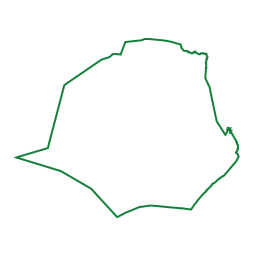 outline of Tepoztlán, Morelos, Mexico, rotated 271°
{"feature_id": "50627088B16515599651569", "entity_name": "Tepoztlán", "entity_type": "district", "adm_level": 2, "iso_a3": "MEX", "parent_name": "Mexico", "parent_adm1": "Morelos", "projection": "robinson", "projection_center": [-99.113, 18.993], "detail": "fine", "context": "isolated", "style": "outline", "palette": "green", "viewbox_px": 256, "rotation_deg": 271, "n_neighbors": 0, "source": "geoboundaries", "source_scale": "gbopen_adm2", "svg_char_len": 4736}
<svg xmlns="http://www.w3.org/2000/svg" viewBox="0 0 256 256"><g transform="rotate(271 128 128)"><path d="M47.6,192.4L47.8,192.5L48.4,192.9L48.7,193.2L48.9,193.3L49.1,193.5L49.5,193.7L50.0,194.1L50.3,194.3L50.6,194.5L51.2,194.9L51.7,195.2L52.3,195.6L52.9,196.0L53.4,196.4L53.5,196.5L54.3,197.1L54.7,197.4L55.0,197.6L55.7,198.1L56.4,198.6L56.8,198.9L57.2,199.2L58.1,199.9L58.5,200.3L59.7,201.3L60.7,202.2L62.2,203.4L63.2,204.3L64.1,205.2L64.3,205.5L64.5,205.7L64.8,206.0L65.1,206.3L65.4,206.6L65.7,206.8L65.9,207.0L66.0,207.1L66.3,207.4L66.6,207.6L66.8,207.4L66.9,207.6L67.4,208.1L67.6,208.3L67.8,208.4L67.8,208.5L68.0,208.7L68.3,209.0L68.6,209.2L68.9,209.5L69.0,209.6L69.2,209.8L69.7,210.3L70.0,210.6L70.7,211.2L70.9,211.5L71.0,211.6L71.5,212.1L72.0,212.5L72.2,212.4L72.3,212.4L72.5,212.5L72.8,212.7L73.5,213.4L74.1,213.9L74.1,214.0L74.1,214.5L74.1,214.8L74.2,215.0L74.6,215.4L74.9,215.7L75.3,216.1L75.5,216.3L75.9,216.8L76.2,217.1L76.5,217.4L76.7,217.6L77.0,217.8L77.6,218.5L77.9,218.9L78.1,219.2L78.4,219.5L78.5,219.7L78.6,219.8L79.0,219.9L79.1,220.0L79.0,220.3L79.3,220.5L79.5,220.8L79.6,221.0L79.8,221.3L80.0,221.5L80.2,221.8L80.3,221.9L80.3,222.0L80.5,222.2L80.6,222.3L80.7,222.5L81.1,223.2L81.4,223.6L81.5,223.7L81.6,223.9L81.8,224.2L81.9,224.6L82.1,224.9L82.7,225.3L84.0,226.4L85.4,227.6L97.3,237.3L97.5,237.3L97.8,237.5L98.6,237.8L98.8,237.9L99.6,238.3L100.1,238.6L100.3,238.7L100.7,238.8L101.4,239.1L101.5,239.0L101.7,238.9L101.9,238.8L102.1,238.7L102.6,238.5L103.0,238.3L103.2,238.2L104.1,237.8L104.4,237.6L104.5,237.4L104.7,237.0L104.9,236.6L105.0,236.6L105.1,236.4L105.3,236.4L105.8,236.6L106.0,236.6L106.3,236.8L106.3,237.1L107.0,237.6L107.5,237.8L108.0,238.1L108.7,238.0L108.7,238.3L108.9,238.4L109.0,238.4L109.3,238.4L109.8,238.4L110.7,238.3L110.8,238.3L111.8,238.2L111.9,238.3L112.1,238.2L112.9,238.1L112.9,237.9L113.9,237.4L114.9,237.0L115.3,236.8L115.9,236.6L115.9,237.0L124.9,231.6L124.9,230.9L124.9,230.1L124.9,229.6L125.0,229.3L125.2,230.6L126.4,231.1L127.0,231.3L127.0,231.2L127.1,230.1L127.8,230.2L127.8,229.2L127.6,228.8L127.1,228.4L127.6,228.7L129.4,230.1L129.4,229.8L129.5,229.1L129.7,228.4L129.9,228.4L130.0,227.8L129.3,227.6L128.8,227.5L128.4,227.3L128.2,227.3L127.8,227.3L127.2,227.4L126.8,227.4L125.1,226.9L124.6,226.5L123.8,226.1L123.2,225.7L122.9,225.4L136.2,216.6L156.6,211.9L160.8,210.9L161.0,210.9L162.0,210.7L164.0,210.2L169.0,209.1L171.5,208.5L171.7,208.2L171.9,208.0L172.1,207.9L174.2,206.9L175.8,206.1L176.8,205.6L177.9,205.0L179.0,204.5L181.5,204.6L182.5,204.6L183.3,204.6L183.6,204.6L184.6,204.7L185.5,204.7L186.5,204.8L187.2,204.8L187.7,204.8L188.2,204.8L188.4,204.8L188.8,204.8L189.3,205.3L189.5,205.4L189.9,205.4L190.4,204.9L192.9,205.1L193.3,205.1L193.5,205.1L194.0,204.8L194.3,205.0L194.5,204.9L194.7,204.7L194.9,204.6L195.0,204.7L195.2,204.9L195.3,204.9L195.3,205.0L195.5,205.1L195.9,205.1L196.3,205.1L196.5,205.1L197.0,205.2L197.3,205.2L197.5,205.3L197.8,205.4L197.9,205.5L198.0,205.6L198.4,205.3L198.4,205.2L198.6,205.1L198.9,205.4L199.0,205.6L199.2,205.8L199.3,205.9L199.4,206.0L199.5,206.1L199.8,206.2L199.9,206.3L200.1,206.3L200.2,206.2L200.3,206.2L200.5,206.1L200.8,205.9L201.1,205.7L201.5,205.6L201.9,205.5L202.4,205.3L202.7,205.2L202.8,205.1L203.2,205.2L203.3,205.2L203.5,205.2L203.6,204.7L203.6,204.3L203.5,203.9L203.4,203.6L203.6,203.2L203.6,202.8L203.8,202.3L203.8,202.2L203.9,202.3L204.1,200.9L204.1,200.3L204.0,200.0L204.0,199.8L203.4,199.0L202.9,198.5L203.0,197.9L203.0,197.6L203.1,197.2L203.4,196.7L203.7,196.2L203.8,196.1L203.9,195.9L204.3,195.3L204.5,194.4L205.6,193.9L204.7,192.9L205.0,192.2L204.0,191.6L203.7,191.2L203.7,190.4L203.9,190.2L204.3,189.4L204.7,188.5L204.8,186.7L205.7,186.6L206.1,185.3L206.0,184.2L206.2,182.7L207.1,181.4L208.1,181.1L209.1,179.9L210.2,180.0L210.7,179.5L212.4,179.3L212.7,178.2L213.2,175.8L214.3,172.4L214.9,169.6L215.7,165.9L215.9,164.8L216.5,158.2L217.3,148.0L217.3,143.0L216.0,140.4L213.9,123.9L202.2,119.6L201.3,119.4L201.5,118.3L201.7,114.3L201.6,111.2L200.4,110.3L198.6,108.3L195.9,100.3L169.8,63.6L127.5,53.3L126.8,53.1L106.5,48.2L96.8,17.4L96.6,16.9L96.4,17.5L83.7,61.7L66.6,92.3L38.7,118.7L40.9,122.9L42.6,125.9L43.3,127.1L45.1,131.5L47.9,137.8L48.2,138.5L48.7,139.7L48.8,139.9L49.0,140.3L49.1,140.7L49.3,141.4L49.3,141.6L49.4,141.9L49.4,142.1L49.5,142.6L49.4,142.6L49.9,145.7L50.2,147.2L50.3,148.1L50.6,149.7L50.6,150.0L50.8,151.0L50.8,151.3L50.8,152.9L50.7,154.2L50.7,154.3L50.5,158.3L50.4,159.7L50.2,162.1L50.2,162.3L50.1,162.9L50.1,163.4L50.1,163.8L50.0,164.0L49.8,167.0L49.4,171.5L49.3,172.4L49.2,175.0L48.9,179.0L48.6,181.2L48.8,181.2L48.8,181.3L48.7,182.8L48.7,183.0L48.6,183.6L48.4,185.6L48.4,185.8L48.2,187.5L48.0,188.6L47.9,190.1L47.8,190.5L47.6,192.0L47.6,192.4Z" fill="none" stroke="#15803d" stroke-width="2"/></g></svg>